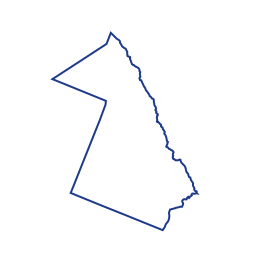 outline of Chaco, rotated 22°
{"feature_id": "ARG-1306", "entity_name": "Chaco", "entity_type": "Province", "adm_level": 1, "iso_a3": "ARG", "parent_name": "Argentina", "parent_adm1": "", "projection": "natural_earth1", "projection_center": [-59.946, -26.062], "detail": "fine", "context": "isolated", "style": "outline", "palette": "blue", "viewbox_px": 256, "rotation_deg": 22, "n_neighbors": 0, "source": "natural_earth", "source_scale": "10m", "svg_char_len": 4885}
<svg xmlns="http://www.w3.org/2000/svg" viewBox="0 0 256 256"><g transform="rotate(22 128 128)"><path d="M216.4,162.7L215.6,162.8L215.3,163.2L214.9,163.7L214.2,164.1L212.6,164.5L212.1,164.9L211.8,165.5L211.9,166.0L212.4,166.5L212.1,167.1L211.5,168.0L211.2,168.5L211.0,168.9L211.0,169.2L210.9,169.9L210.8,170.1L210.5,170.0L210.3,169.8L210.2,169.7L210.1,169.3L209.9,169.1L209.6,169.3L209.4,169.6L209.2,169.9L209.1,170.2L209.0,170.6L209.0,171.4L209.1,172.0L208.9,172.4L207.1,172.8L206.3,173.3L205.8,174.1L205.6,175.4L205.9,175.9L206.3,176.4L207.2,177.1L207.6,177.9L207.7,178.8L207.5,180.9L207.1,181.0L206.2,181.3L205.7,181.5L204.5,182.6L201.9,184.4L201.8,184.7L201.5,184.9L197.9,187.6L197.6,187.8L197.6,189.3L197.6,190.0L197.7,190.8L197.9,191.5L198.9,193.3L199.5,194.7L199.9,196.2L200.1,197.8L200.1,199.3L200.0,200.1L199.3,202.3L199.1,203.0L199.1,203.8L199.2,205.4L199.2,206.2L198.4,209.7L172.8,209.7L157.3,209.7L132.8,209.8L99.2,209.7L99.2,201.8L99.0,158.9L98.9,136.4L98.9,131.6L98.4,114.6L97.3,111.1L39.6,111.0L50.2,95.9L76.6,58.1L76.4,46.2L84.0,49.4L86.6,49.9L87.1,50.0L87.4,50.2L87.6,50.3L88.0,50.7L88.3,51.0L88.5,51.6L88.7,51.9L89.0,52.2L90.5,53.2L91.8,54.4L92.1,54.6L92.4,54.7L93.1,54.8L94.4,55.2L95.2,55.3L95.8,55.3L96.1,55.4L96.3,55.5L97.4,56.6L98.2,57.2L98.6,57.5L98.8,57.7L98.9,58.2L99.0,58.5L100.4,61.2L100.6,61.5L100.9,61.5L101.0,61.4L101.7,61.5L102.0,61.5L102.3,61.6L102.7,61.4L102.9,61.4L103.2,61.4L103.4,61.6L103.6,61.7L103.6,61.9L103.7,62.1L103.7,62.4L103.8,62.8L103.9,63.0L104.2,63.4L105.6,64.8L106.1,65.5L107.7,67.2L108.0,67.4L108.7,67.6L109.0,67.6L109.4,67.5L109.6,67.4L109.9,67.5L111.1,68.0L111.8,68.2L112.0,68.2L113.9,68.3L114.4,68.3L115.8,68.8L116.3,69.1L116.4,69.3L116.6,69.5L117.6,71.2L117.8,71.3L118.4,71.5L118.5,71.7L118.5,71.9L118.5,72.4L118.5,72.8L118.7,73.3L120.1,75.6L120.3,75.9L120.3,76.1L120.0,76.4L119.9,76.7L119.9,77.0L120.0,77.5L120.1,77.8L120.3,78.0L120.9,78.8L121.2,79.0L121.5,79.1L121.9,78.8L122.1,78.8L122.3,78.8L127.3,83.5L127.7,83.8L128.1,83.9L128.4,84.1L129.3,84.9L130.4,86.2L130.7,86.4L131.7,86.8L133.9,88.3L134.1,88.4L135.1,89.1L135.5,89.4L135.9,89.9L136.1,90.2L136.4,90.3L137.7,90.7L138.0,90.8L138.3,91.0L139.0,91.6L139.4,91.7L139.8,91.6L140.0,91.5L140.4,91.6L140.9,91.8L141.2,92.1L141.4,92.3L141.7,93.0L142.2,94.1L142.5,94.7L143.0,95.2L143.5,96.2L143.8,96.7L144.5,97.3L144.9,97.7L145.8,98.2L146.0,98.4L146.1,98.5L146.4,99.1L146.8,99.9L146.9,100.1L146.9,100.3L146.6,100.6L146.6,100.8L146.7,101.1L146.9,101.3L148.1,102.0L148.3,102.4L148.3,102.7L148.3,103.0L148.5,103.4L148.6,103.6L148.8,103.7L149.8,103.8L150.2,104.0L150.4,104.1L150.4,104.3L150.7,104.7L150.8,104.9L150.8,105.2L150.8,105.4L150.7,105.6L150.5,105.8L150.4,106.0L150.7,106.8L150.8,107.0L150.9,107.7L151.0,108.0L151.2,108.3L151.9,109.3L152.1,109.5L152.2,110.0L152.2,110.5L152.3,110.8L152.5,111.3L152.8,111.4L153.0,111.5L153.1,111.4L153.4,111.1L153.6,111.0L153.8,111.0L154.2,111.3L154.4,111.4L154.6,111.5L154.8,111.6L155.1,111.7L155.5,111.8L155.9,112.2L156.2,112.3L156.5,112.4L157.0,112.5L157.4,112.6L157.6,112.8L157.7,113.0L157.7,113.3L157.9,113.8L158.0,114.1L158.4,114.3L159.5,114.6L159.9,114.7L160.1,114.9L160.3,115.1L160.6,115.8L160.8,116.1L161.0,116.2L162.0,116.7L163.1,117.5L163.4,117.7L163.6,117.9L163.7,118.1L163.7,118.3L163.6,118.8L163.6,119.1L163.7,119.5L163.9,119.7L164.1,119.9L164.8,120.2L165.4,120.6L166.8,122.1L169.2,125.7L169.4,125.9L169.6,126.0L170.2,126.0L170.5,128.6L170.4,129.7L170.4,130.3L170.4,130.7L170.6,131.0L170.8,131.1L171.0,131.2L171.4,131.2L171.7,131.0L171.9,131.0L172.1,131.1L172.9,131.4L173.7,131.9L174.0,132.0L174.9,131.9L175.1,131.9L175.4,132.0L176.2,132.3L176.3,132.3L176.5,132.3L177.1,132.3L177.5,132.3L177.9,132.5L178.7,132.9L179.1,133.2L179.3,133.4L179.4,133.6L179.3,134.1L179.4,135.3L179.5,135.6L179.7,136.0L180.2,136.6L180.3,136.9L180.3,137.2L180.2,137.3L180.2,137.7L180.4,138.2L181.0,139.1L181.3,139.5L181.6,139.7L181.8,139.7L182.0,139.7L182.4,139.5L182.7,139.5L183.6,140.0L183.9,140.1L184.3,140.0L184.5,140.0L184.9,139.9L185.6,139.5L186.2,139.3L186.5,139.1L186.8,138.9L187.1,138.6L187.2,138.4L187.3,138.2L187.5,138.1L187.8,137.9L188.1,137.8L188.5,137.9L188.7,138.0L188.9,138.5L189.2,138.9L190.2,139.9L190.5,140.1L191.7,140.6L192.9,141.2L194.4,141.8L195.4,142.5L196.1,143.2L197.0,144.4L197.2,144.9L197.7,145.6L198.6,146.6L198.9,147.0L199.4,147.3L200.8,147.9L201.0,148.1L201.2,148.3L201.6,149.0L202.5,150.1L202.8,150.4L203.1,150.6L203.3,150.6L203.7,150.5L204.0,150.5L204.4,150.7L204.6,150.8L204.7,151.0L205.2,151.8L205.9,152.7L208.6,154.5L208.8,154.7L209.0,154.9L209.1,155.1L209.3,155.4L209.3,155.6L209.4,156.1L209.5,156.4L209.6,156.6L210.0,157.2L211.8,158.7L212.1,159.0L212.4,160.2L212.5,160.4L212.7,160.6L213.4,161.0L213.8,161.2L214.0,161.2L214.3,161.2L214.8,161.0L215.1,161.0L215.3,161.0L215.5,161.2L215.6,161.4L215.6,161.6L215.5,161.9L215.5,162.2L215.7,162.3L216.4,162.7L216.4,162.7Z" fill="none" stroke="#1e3a8a" stroke-width="2"/></g></svg>